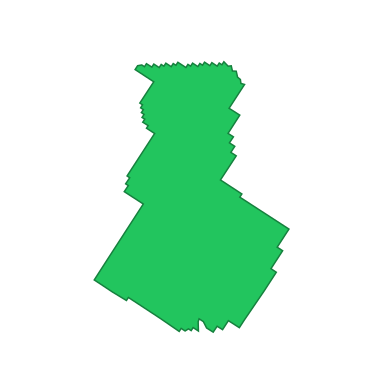 Yellowstone, Montana, United States of America (Natural Earth projection), rotated 303°
{"feature_id": "52423323B50031109105153", "entity_name": "Yellowstone", "entity_type": "district", "adm_level": 2, "iso_a3": "USA", "parent_name": "United States of America", "parent_adm1": "Montana", "projection": "natural_earth1", "projection_center": [-108.061, 45.978], "detail": "fine", "context": "isolated", "style": "filled", "palette": "green", "viewbox_px": 384, "rotation_deg": 303, "n_neighbors": 0, "source": "geoboundaries", "source_scale": "gbopen_adm2", "svg_char_len": 1325}
<svg xmlns="http://www.w3.org/2000/svg" viewBox="0 0 384 384"><g transform="rotate(303 192 192)"><path d="M271.2,80.7L268.3,77.6L263.7,77.6L263.6,99.9L238.2,99.8L238.2,103.0L234.6,103.1L234.6,106.3L231.0,106.3L231.0,109.5L227.3,109.5L227.4,112.7L223.7,112.7L223.8,119.1L220.7,119.1L220.7,128.8L170.1,128.8L170.0,132.0L162.7,131.9L162.7,135.1L155.4,135.0L155.4,157.7L90.2,157.8L65.0,157.9L64.8,180.0L65.3,196.1L68.9,196.1L68.7,234.8L68.1,257.2L71.7,257.2L71.7,261.9L75.3,263.6L75.3,266.8L78.9,266.8L78.9,273.1L86.6,267.8L89.5,267.0L89.5,272.1L85.9,278.3L86.0,286.1L93.1,286.2L93.2,292.6L103.9,292.6L104.0,305.6L113.2,305.6L113.3,305.6L148.2,306.4L170.6,306.4L170.7,300.0L192.1,300.0L192.1,293.5L213.7,293.5L213.7,257.5L213.7,234.9L217.5,234.9L217.6,209.3L246.4,209.4L246.4,203.0L253.6,203.0L253.6,196.6L260.8,196.7L260.8,190.3L282.5,190.2L282.4,177.5L310.8,177.5L309.7,173.9L312.7,171.3L313.1,167.7L317.4,163.3L315.5,160.0L319.2,156.2L317.2,153.8L318.6,147.8L315.0,147.8L315.0,144.6L311.3,144.6L311.3,138.2L307.7,138.2L307.7,131.8L304.1,131.8L304.1,128.6L300.4,128.6L300.4,122.3L296.8,122.3L296.8,119.1L293.1,119.1L293.1,109.5L289.5,109.5L289.5,106.3L285.8,106.3L285.8,99.9L282.2,99.9L282.2,96.7L278.5,96.7L278.5,90.3L274.9,90.3L274.8,83.9L271.2,83.9L271.2,80.7Z" fill="#22c55e" stroke="#15803d" stroke-width="1.5"/></g></svg>